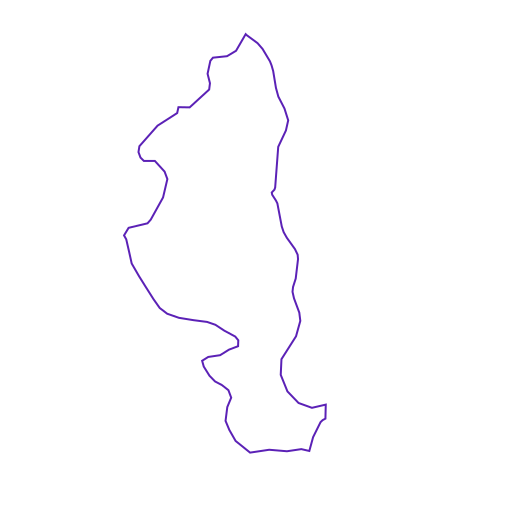 map outline of South Ayrshire (Albers equal-area conic projection), rotated 148°
{"feature_id": "GBR-2009", "entity_name": "South Ayrshire", "entity_type": "Unitary District", "adm_level": 1, "iso_a3": "GBR", "parent_name": "United Kingdom", "parent_adm1": "", "projection": "albers", "projection_center": [-4.694, 55.293], "detail": "fine", "context": "isolated", "style": "outline", "palette": "violet", "viewbox_px": 512, "rotation_deg": 148, "n_neighbors": 0, "source": "natural_earth", "source_scale": "10m", "svg_char_len": 1367}
<svg xmlns="http://www.w3.org/2000/svg" viewBox="0 0 512 512"><g transform="rotate(148 256 256)"><path d="M147.2,449.6L147.0,448.6L141.9,435.7L140.7,428.1L141.0,413.7L141.8,409.4L143.4,403.8L150.0,388.0L152.6,379.3L153.7,366.0L156.8,354.0L164.1,346.6L179.3,336.8L203.4,304.0L205.2,302.5L209.0,301.5L209.8,299.4L209.7,292.5L210.0,289.3L218.5,267.4L219.9,261.6L220.2,255.2L219.3,241.2L220.0,235.0L222.0,231.1L234.3,215.8L241.0,210.1L244.0,206.3L246.2,200.0L249.3,185.0L252.8,177.5L264.6,166.7L289.1,155.0L298.0,142.1L301.1,124.5L297.8,108.8L289.0,97.6L275.6,93.0L283.3,81.3L286.5,81.5L289.3,80.9L303.6,72.1L314.1,62.4L319.9,68.2L333.2,74.0L347.5,84.7L365.2,92.4L371.3,109.9L370.8,122.6L369.2,132.3L360.4,143.1L352.1,149.0L350.5,156.8L353.3,164.6L357.2,171.3L358.9,179.1L358.9,189.9L357.2,195.7L350.0,195.7L339.0,190.9L328.5,190.9L319.0,189.0L315.7,193.9L316.3,198.7L322.4,209.4L326.9,219.2L332.4,226.0L343.0,234.7L354.1,244.4L361.9,254.1L365.2,262.9L365.8,273.6L365.9,289.2L365.9,300.9L365.4,315.5L361.6,326.2L357.2,338.9L357.0,343.4L349.1,347.4L330.7,341.2L326.0,342.6L303.8,354.9L290.4,368.2L288.8,376.0L291.4,390.2L300.7,396.0L301.8,400.7L300.6,406.4L296.7,410.9L270.4,418.7L247.1,419.0L242.9,423.3L233.5,417.2L207.5,422.0L203.5,426.9L200.5,436.2L191.3,445.7L187.4,447.0L174.7,440.8L164.2,440.6L147.2,449.6Z" fill="none" stroke="#5b21b6" stroke-width="2"/></g></svg>